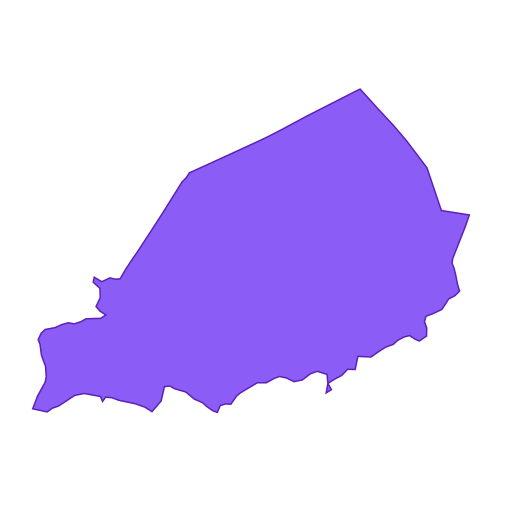 Arapiraca, Alagoas, Brazil (Albers equal-area conic projection), rotated 96°
{"feature_id": "56859067B80614928342365", "entity_name": "Arapiraca", "entity_type": "district", "adm_level": 2, "iso_a3": "BRA", "parent_name": "Brazil", "parent_adm1": "Alagoas", "projection": "albers", "projection_center": [-36.607, -9.758], "detail": "fine", "context": "isolated", "style": "filled", "palette": "violet", "viewbox_px": 512, "rotation_deg": 96, "n_neighbors": 0, "source": "geoboundaries", "source_scale": "gbopen_adm2", "svg_char_len": 1646}
<svg xmlns="http://www.w3.org/2000/svg" viewBox="0 0 512 512"><g transform="rotate(96 256 256)"><path d="M375.2,171.2L370.5,165.3L365.8,158.2L359.1,153.1L358.5,145.5L345.2,144.2L344.4,131.1L337.6,123.2L333.2,117.7L329.6,110.3L325.1,106.3L321.1,100.4L319.1,94.9L322.0,89.3L323.5,84.8L317.8,78.0L309.7,78.7L303.6,81.6L298.1,80.6L295.0,74.3L289.8,65.7L284.1,62.6L278.6,59.9L274.7,54.0L269.6,49.9L262.7,52.8L254.0,55.4L247.3,57.8L242.8,60.2L237.9,60.1L205.2,51.0L192.9,48.1L191.4,76.4L150.4,95.2L125.8,118.2L111.9,132.8L97.4,149.5L79.1,169.9L81.7,174.1L111.6,220.2L128.0,244.3L135.5,255.7L142.0,266.3L169.8,313.2L180.2,330.9L185.5,333.6L190.1,337.3L224.8,354.2L264.8,374.6L271.0,378.1L282.0,383.8L286.3,385.8L292.8,388.7L293.8,393.4L293.0,399.0L297.7,406.6L294.0,414.6L299.0,415.2L304.5,407.8L313.8,406.6L323.0,409.8L327.2,405.3L330.3,399.2L334.2,403.8L335.3,412.0L336.3,418.6L339.8,423.6L342.5,429.8L342.0,435.7L344.4,441.8L348.3,448.5L351.1,458.0L355.3,461.6L361.9,463.9L366.6,461.5L376.8,459.1L382.3,456.5L387.6,453.8L397.9,452.0L403.6,452.5L418.0,458.6L431.3,462.1L432.9,447.4L428.7,442.7L425.8,436.6L413.6,421.8L410.7,412.5L412.0,396.0L416.7,393.4L412.1,390.8L412.0,384.4L413.8,377.5L415.6,360.5L418.0,350.5L421.7,343.2L410.1,335.2L395.5,333.4L394.3,328.0L396.6,322.9L398.6,311.6L404.7,302.5L407.6,293.6L410.8,289.3L414.3,283.0L415.6,278.1L408.4,275.9L406.3,270.7L406.0,265.5L397.4,260.7L393.8,257.3L382.0,241.6L381.0,232.6L375.5,224.5L373.4,220.1L374.1,213.0L377.0,205.1L374.5,197.1L367.4,189.5L364.3,183.1L366.3,173.0L375.2,171.2ZM375.2,171.2L384.8,171.9L381.0,167.0L375.2,171.2Z" fill="#8b5cf6" stroke="#5b21b6" stroke-width="1.5"/></g></svg>